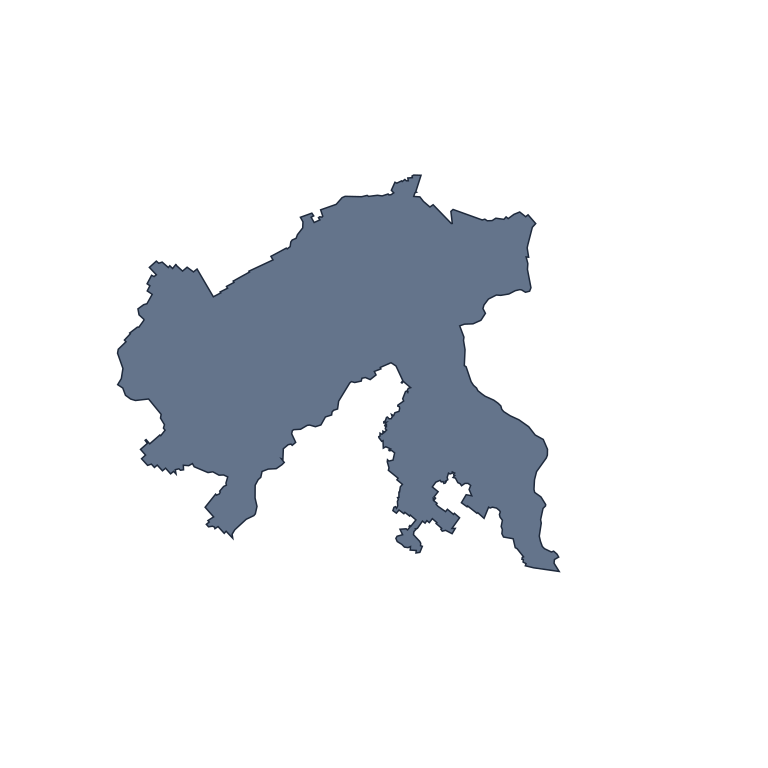 the district of Espinal, Veracruz, Mexico, rotated 310°
{"feature_id": "50627088B15670819886365", "entity_name": "Espinal", "entity_type": "district", "adm_level": 2, "iso_a3": "MEX", "parent_name": "Mexico", "parent_adm1": "Veracruz", "projection": "robinson", "projection_center": [-97.51, 20.255], "detail": "fine", "context": "isolated", "style": "filled", "palette": "slate", "viewbox_px": 768, "rotation_deg": 310, "n_neighbors": 0, "source": "geoboundaries", "source_scale": "gbopen_adm2", "svg_char_len": 6171}
<svg xmlns="http://www.w3.org/2000/svg" viewBox="0 0 768 768"><g transform="rotate(310 384 384)"><path d="M604.4,397.1L606.2,385.6L603.2,385.0L603.0,377.4L597.5,374.5L590.5,372.8L590.5,370.1L587.2,370.0L582.9,363.1L578.7,361.8L575.4,358.2L575.1,355.3L572.8,353.8L562.1,324.7L559.2,324.3L550.9,333.1L550.2,332.4L552.9,306.4L549.1,305.4L549.2,296.9L550.4,291.2L546.8,286.2L550.3,284.8L551.8,285.6L551.6,284.8L567.7,278.2L563.1,272.4L561.3,271.8L560.3,273.1L557.1,269.8L555.3,272.0L554.0,270.5L554.1,268.5L550.8,267.8L550.9,266.9L546.1,264.7L545.6,262.7L537.1,265.1L536.7,268.6L533.5,267.7L532.0,266.2L532.2,265.0L526.9,261.7L524.4,257.7L517.8,251.6L517.7,249.9L513.1,246.5L502.8,233.6L499.8,232.1L490.9,231.9L476.7,223.5L473.2,229.2L471.9,229.2L470.8,227.3L469.3,226.9L468.5,229.4L464.5,227.5L462.8,226.7L464.9,221.0L467.6,222.1L468.5,218.9L458.0,212.8L456.1,217.7L451.3,221.4L442.8,221.7L439.1,223.0L435.3,221.1L432.9,221.3L428.9,223.8L425.3,223.0L425.3,221.8L409.1,215.3L407.7,219.2L383.6,208.0L383.3,209.0L365.9,202.3L365.4,203.8L357.5,200.6L356.8,202.6L349.2,199.3L348.9,200.4L341.1,197.2L351.9,166.9L347.4,166.0L346.9,158.1L341.0,157.1L341.4,148.2L342.3,147.7L336.6,147.8L336.9,143.9L334.6,143.9L334.8,135.7L331.7,133.8L331.8,130.6L322.5,129.3L321.3,139.4L318.5,138.8L317.9,136.1L308.5,138.1L308.8,141.5L303.1,142.8L303.7,148.8L293.1,150.8L290.3,148.9L283.4,147.2L279.5,151.9L279.2,158.5L278.4,159.1L270.0,159.7L269.0,158.5L259.6,156.4L259.5,157.4L250.8,156.9L250.5,159.2L239.8,158.1L236.3,160.1L228.1,174.0L219.3,179.3L212.3,180.4L213.0,186.5L209.2,193.2L209.6,199.6L211.6,204.2L221.2,213.3L217.5,232.8L214.2,234.7L211.7,242.0L208.4,243.4L207.9,246.0L200.9,246.2L200.9,245.1L187.6,243.0L188.5,237.5L187.3,237.2L186.4,240.9L177.4,239.5L176.3,247.0L170.9,246.3L169.7,255.2L173.1,257.3L172.5,261.8L176.1,262.4L175.1,270.1L179.1,270.8L178.0,278.3L181.8,279.0L181.4,282.5L184.2,279.2L187.2,281.4L187.1,283.5L189.4,285.6L192.8,282.5L195.9,286.9L199.9,288.4L198.6,291.8L203.0,306.1L206.7,309.3L208.1,316.2L211.2,319.6L212.4,324.0L206.5,326.6L205.2,328.3L202.4,327.0L196.3,327.0L196.0,328.0L193.9,328.5L191.2,327.1L191.4,325.8L174.6,326.2L172.7,338.9L166.2,336.9L165.9,338.8L162.3,338.1L161.8,341.4L164.8,344.0L165.4,346.1L164.5,347.5L168.1,348.5L166.9,357.6L169.7,357.7L168.6,367.3L171.3,364.2L176.4,363.4L191.8,365.4L199.5,368.9L201.8,368.9L208.6,365.4L213.8,358.5L223.6,350.4L229.9,349.1L233.3,349.6L238.6,346.8L244.4,350.0L249.9,355.9L256.6,357.7L259.8,358.0L260.8,353.4L261.4,354.9L269.7,348.5L275.9,349.6L278.2,351.4L278.0,353.1L282.5,353.9L286.5,345.3L289.3,343.8L291.0,344.2L295.7,349.2L303.0,351.8L304.8,353.5L307.2,358.9L312.1,362.0L321.1,360.3L326.6,363.8L329.1,362.2L331.5,362.3L335.0,364.5L341.7,360.3L362.8,357.1L364.9,357.5L366.3,360.6L371.6,364.7L374.2,363.4L377.0,365.6L378.5,370.6L385.8,372.1L387.4,368.5L393.6,371.9L394.3,370.5L404.8,375.7L405.5,381.6L398.7,396.2L396.2,396.4L396.3,397.2L398.4,397.2L398.3,406.7L396.3,405.4L393.8,406.0L393.6,407.3L392.9,407.6L393.3,406.1L392.1,405.3L384.7,407.8L383.6,410.0L376.7,408.2L375.9,408.8L376.5,410.3L375.5,411.6L372.7,413.1L369.0,410.8L365.9,411.7L365.5,409.3L364.2,411.4L362.0,411.8L360.6,410.2L360.9,407.9L360.0,407.4L356.5,408.7L355.0,408.1L354.1,408.8L356.3,410.5L354.6,410.3L354.0,410.9L354.6,411.8L353.2,413.0L352.8,410.7L352.2,413.0L350.5,413.8L350.4,415.6L347.5,415.3L347.2,413.5L346.3,414.2L346.9,415.3L344.1,414.7L343.8,412.6L341.5,414.4L340.3,413.8L339.6,414.6L338.6,419.1L339.9,419.7L334.4,424.7L337.1,425.7L338.5,430.8L336.5,430.1L336.3,431.0L338.0,432.6L338.1,436.4L331.5,439.8L328.1,437.3L328.2,435.4L326.5,436.5L323.0,441.7L320.7,442.8L320.9,455.3L318.9,455.5L319.0,462.6L315.7,462.6L311.3,465.3L310.8,464.9L306.7,468.3L305.7,467.4L304.9,469.1L302.7,469.7L299.5,472.8L296.9,473.5L297.4,471.6L295.9,470.9L292.7,472.2L293.0,476.5L297.1,476.5L297.4,482.6L299.1,482.5L299.3,488.5L300.5,488.4L300.4,495.8L292.2,496.0L292.3,494.8L291.1,494.8L290.6,495.8L287.3,495.8L287.3,494.0L283.0,489.6L280.5,495.1L275.8,491.9L273.4,492.3L271.8,495.4L272.6,500.8L272.2,504.5L274.1,507.6L276.5,508.8L273.6,510.8L277.2,515.7L275.1,517.1L278.1,519.7L284.3,517.7L283.6,515.9L285.6,514.5L286.4,512.5L287.5,503.5L290.1,501.8L293.2,501.9L293.3,501.2L294.8,502.4L303.7,501.6L303.8,504.9L306.9,504.7L306.9,507.8L311.9,507.6L311.8,513.6L310.6,513.6L310.5,520.9L309.3,520.9L308.7,523.2L311.5,525.3L313.1,532.4L319.2,531.4L317.0,528.9L330.1,527.9L330.2,521.0L328.8,521.1L328.8,513.1L325.8,513.2L325.0,503.8L325.4,501.3L326.7,501.3L326.6,496.7L327.9,495.4L327.9,497.0L329.7,496.9L329.7,494.9L336.3,494.7L336.2,487.2L342.1,486.8L346.3,488.9L345.8,490.8L347.2,491.9L346.3,493.8L347.5,494.6L349.0,494.4L348.9,493.6L351.7,494.4L353.1,492.4L357.2,490.7L357.5,492.4L359.5,493.6L360.5,492.9L361.2,495.4L359.7,495.3L359.0,496.1L359.4,497.0L356.8,497.0L357.8,499.2L355.9,504.0L356.6,506.4L355.9,508.8L359.9,509.9L361.9,512.3L362.0,515.6L357.9,517.0L354.8,523.1L352.0,518.1L342.8,519.6L343.3,526.6L344.3,526.5L344.7,538.3L345.7,538.5L345.4,547.0L356.9,543.3L357.2,545.0L359.3,546.2L361.3,550.0L361.3,553.8L360.8,555.3L358.2,556.3L356.6,558.5L355.7,562.3L350.1,565.4L348.6,568.2L345.1,570.5L343.6,573.9L348.5,582.4L343.0,589.7L343.4,591.8L341.3,602.0L340.0,601.4L338.4,602.3L339.1,603.6L337.0,605.0L337.7,608.3L335.6,609.1L339.4,616.8L353.0,638.7L356.0,629.5L359.1,627.4L363.7,629.1L364.9,625.8L365.0,621.4L362.9,620.2L361.0,612.8L361.3,609.7L364.1,604.9L367.3,600.7L378.5,593.9L380.7,591.2L390.9,585.8L394.4,586.1L395.6,585.3L398.4,576.8L397.8,569.1L399.7,566.6L407.3,560.9L414.9,557.2L431.6,555.9L434.5,554.9L439.1,551.2L443.9,541.6L442.1,532.6L444.3,522.3L443.3,510.3L440.8,501.2L439.8,493.5L440.3,490.5L442.3,487.6L442.6,483.9L442.2,478.5L439.6,469.3L439.3,465.1L439.2,460.2L440.4,457.5L440.5,453.4L441.8,449.2L450.0,435.8L449.7,433.7L462.4,424.0L468.5,416.9L471.3,415.1L477.2,404.6L481.6,407.2L487.3,413.5L495.2,417.3L503.3,416.3L505.4,411.3L508.8,409.8L516.2,409.4L524.4,412.9L526.9,416.4L533.2,421.8L539.9,424.6L543.5,427.3L544.5,428.8L545.2,433.4L548.7,435.9L552.2,434.7L564.0,420.2L568.7,416.8L572.7,411.2L574.1,413.3L580.3,406.2L583.1,404.7L599.4,396.9L604.4,397.1Z" fill="#64748b" stroke="#1e293b" stroke-width="1.5"/></g></svg>